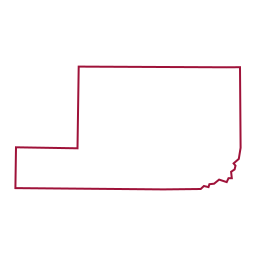 outline of Adams, Washington, United States of America
{"feature_id": "52423323B7193910850758", "entity_name": "Adams", "entity_type": "district", "adm_level": 2, "iso_a3": "USA", "parent_name": "United States of America", "parent_adm1": "Washington", "projection": "orthographic", "projection_center": [-118.309, 46.999], "detail": "fine", "context": "isolated", "style": "outline", "palette": "rose", "viewbox_px": 256, "rotation_deg": 0, "n_neighbors": 0, "source": "geoboundaries", "source_scale": "gbopen_adm2", "svg_char_len": 394}
<svg xmlns="http://www.w3.org/2000/svg" viewBox="0 0 256 256"><path d="M78.7,66.6L77.5,148.3L16.0,147.3L15.4,188.1L163.4,189.4L200.7,189.0L203.9,186.0L208.5,187.1L209.4,184.2L214.1,183.7L219.1,179.6L226.7,182.1L228.5,178.2L231.8,178.2L231.1,171.8L234.6,169.4L235.5,165.7L233.6,163.4L238.8,158.9L240.6,147.8L240.0,67.2L226.5,67.3L78.7,66.6Z" fill="none" stroke="#9f1239" stroke-width="2"/></svg>